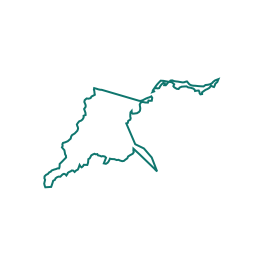 Pedreiras, Maranhão, Brazil (Robinson projection), rotated 233°
{"feature_id": "56859067B63468950003415", "entity_name": "Pedreiras", "entity_type": "district", "adm_level": 2, "iso_a3": "BRA", "parent_name": "Brazil", "parent_adm1": "Maranhão", "projection": "robinson", "projection_center": [-44.591, -4.656], "detail": "fine", "context": "isolated", "style": "outline", "palette": "teal", "viewbox_px": 256, "rotation_deg": 233, "n_neighbors": 0, "source": "geoboundaries", "source_scale": "gbopen_adm2", "svg_char_len": 3255}
<svg xmlns="http://www.w3.org/2000/svg" viewBox="0 0 256 256"><g transform="rotate(233 128 128)"><path d="M139.2,165.7L139.6,163.6L140.2,162.0L140.7,160.1L141.3,156.5L142.0,154.4L143.1,153.2L154.4,144.8L170.8,132.6L174.4,129.9L175.3,128.8L176.8,127.5L178.0,126.7L180.2,125.0L179.2,123.9L177.7,123.3L175.9,122.2L174.5,121.5L174.8,119.4L175.1,117.8L174.4,116.1L175.1,114.2L176.5,112.7L176.3,110.2L175.1,108.8L173.4,108.4L171.7,107.9L170.4,106.9L169.6,104.4L167.4,103.7L165.8,103.2L163.9,102.0L164.5,99.9L163.0,98.8L162.2,96.8L162.1,95.1L162.7,93.1L162.3,91.3L161.6,89.3L160.1,88.7L158.9,88.5L157.5,87.7L156.3,85.9L155.7,82.1L156.0,79.0L155.4,77.5L154.0,75.8L153.7,71.9L154.4,69.2L155.2,67.1L154.5,65.8L153.0,65.0L152.3,63.6L148.5,63.8L144.7,61.9L143.3,61.8L141.7,60.8L141.2,57.4L140.9,55.7L140.7,54.1L140.4,51.8L138.1,49.9L137.2,48.7L138.2,47.3L138.5,45.9L139.3,43.9L140.0,41.4L139.6,40.0L140.0,38.4L139.5,36.4L139.9,34.4L139.6,32.3L138.2,31.0L136.5,30.6L135.2,29.0L134.0,27.6L132.2,26.8L130.4,26.3L127.2,31.2L128.2,32.7L129.5,34.6L130.9,36.5L130.6,38.5L131.4,39.8L131.4,41.8L130.9,43.4L129.8,44.7L130.1,46.3L130.3,47.9L129.9,49.3L128.5,50.2L127.2,50.2L127.7,51.8L128.4,53.0L128.3,54.7L127.9,56.1L127.9,57.6L126.9,58.6L125.0,58.9L125.3,60.8L125.0,63.0L126.0,64.7L127.6,67.1L125.9,66.9L124.5,67.3L124.6,69.1L125.2,70.6L124.0,72.0L123.0,73.3L124.4,75.3L127.0,77.6L126.8,79.1L127.4,80.5L128.2,82.1L128.1,83.6L127.6,85.7L126.3,86.5L125.6,87.8L124.2,87.6L122.8,88.8L121.3,89.6L120.7,91.0L119.2,92.3L117.5,92.6L114.3,87.4L112.7,88.8L112.5,90.7L112.9,92.2L113.7,94.0L114.4,95.1L112.9,96.4L111.4,98.3L109.2,99.7L108.3,101.3L106.9,102.0L105.0,103.4L104.2,104.9L104.3,107.1L104.2,109.2L105.2,110.9L105.0,113.5L104.6,116.2L105.2,118.0L106.7,118.7L108.2,119.9L99.8,121.4L79.7,124.6L78.3,124.7L75.8,125.1L90.2,129.2L102.1,128.4L110.7,124.0L132.7,129.4L132.2,130.9L133.6,132.6L133.3,134.8L134.3,136.1L135.5,136.5L137.2,137.8L139.0,139.4L139.4,141.1L137.9,140.1L136.6,140.4L135.7,141.8L134.4,144.1L134.2,146.5L134.6,147.9L136.0,149.4L137.1,150.1L138.5,150.8L139.7,151.5L140.7,153.6L139.9,155.5L138.1,157.0L136.3,159.2L137.6,160.9L136.3,162.2L135.5,163.4L137.5,165.5L139.2,165.7ZM140.0,188.7L138.4,190.4L136.6,190.9L135.1,191.2L134.1,189.4L132.8,189.4L131.4,189.9L130.0,190.5L128.7,191.9L129.2,193.5L128.7,195.7L127.5,197.6L126.0,199.8L124.2,200.5L122.6,202.1L121.4,203.0L120.3,203.8L118.6,204.3L117.2,203.8L116.4,205.4L115.4,207.0L113.8,206.8L112.6,206.1L111.3,206.1L110.5,207.6L111.9,208.6L111.9,210.4L111.8,213.0L111.3,214.9L111.1,217.2L111.8,219.9L110.3,220.4L109.0,221.3L109.7,222.8L110.8,224.4L111.0,227.0L112.6,229.7L113.6,226.2L113.6,223.9L113.2,222.2L113.5,220.1L114.3,218.1L115.7,215.7L115.7,213.4L117.8,210.9L119.2,209.3L121.1,207.3L122.6,205.5L123.8,204.4L125.8,203.3L128.1,203.2L129.7,203.1L130.3,201.8L130.8,200.2L131.6,199.0L133.8,196.9L135.0,195.8L135.9,194.8L137.5,193.2L139.5,191.9L140.3,190.5L140.0,188.7ZM140.4,182.7L139.4,183.9L139.7,185.5L140.2,187.2L140.0,188.7L143.2,185.7L144.4,184.6L146.1,182.6L145.7,179.9L145.2,177.3L144.6,175.2L143.7,172.4L143.1,174.3L141.7,175.6L141.1,176.9L142.2,179.4L142.6,181.1L142.8,183.3L141.5,184.2L140.4,182.7ZM142.9,171.1L142.0,169.2L141.5,170.9L142.9,171.1Z" fill="none" stroke="#0f766e" stroke-width="2"/></g></svg>